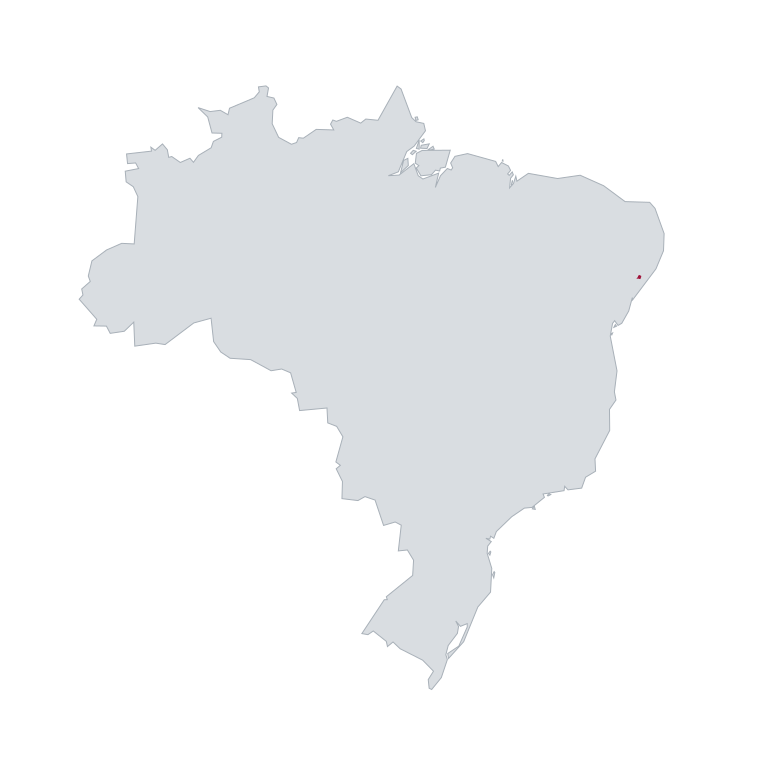 Campo Grande, Alagoas, Brazil shown in context, rotated 354°
{"feature_id": "56859067B11440381309792", "entity_name": "Campo Grande", "entity_type": "district", "adm_level": 2, "iso_a3": "BRA", "parent_name": "Brazil", "parent_adm1": "Alagoas", "projection": "mercator", "projection_center": [-36.753, -9.965], "detail": "fine", "context": "in_parent", "style": "filled", "palette": "rose", "viewbox_px": 768, "rotation_deg": 354, "n_neighbors": 0, "source": "geoboundaries", "source_scale": "gbopen_adm2", "svg_char_len": 4263}
<svg xmlns="http://www.w3.org/2000/svg" viewBox="0 0 768 768"><g transform="rotate(354 384 384)"><path d="M196.7,135.6L204.6,142.4L214.6,139.2L217.7,143.6L223.3,137.3L236.8,131.0L239.7,124.9L248.4,121.6L249.0,117.7L239.2,116.4L236.6,100.0L228.0,89.7L239.6,94.9L249.8,94.7L257.0,99.9L259.2,93.6L284.9,85.8L290.5,80.4L290.2,75.4L297.8,75.2L300.1,77.5L297.7,85.8L304.4,88.1L306.7,94.8L302.1,100.0L300.0,113.5L305.0,127.7L317.0,135.9L322.3,134.7L324.9,130.1L329.5,131.1L343.2,123.7L360.6,126.1L358.0,120.0L360.7,116.1L364.1,117.8L375.4,114.9L388.1,122.1L393.6,118.6L405.6,121.1L428.2,89.1L431.8,92.4L439.4,121.9L443.2,126.5L450.8,129.0L451.7,136.5L438.8,150.6L430.9,155.2L420.4,174.5L410.1,177.3L420.9,177.8L436.7,168.0L439.8,180.4L444.1,184.2L460.4,180.0L455.6,193.9L462.0,182.7L469.5,176.3L473.2,178.2L474.9,176.2L473.4,171.2L478.4,165.0L491.2,163.6L518.3,174.3L520.3,179.7L524.1,176.0L530.5,180.2L532.2,184.8L528.9,188.0L530.3,189.6L533.7,186.5L534.5,189.5L531.4,192.6L529.4,202.1L533.7,198.2L536.8,191.1L537.4,196.2L549.6,189.6L578.1,197.8L600.9,196.9L623.2,209.8L642.8,227.8L667.2,231.1L671.9,237.7L678.3,263.7L675.9,280.7L666.5,297.9L640.0,326.4L640.0,324.0L635.0,337.0L626.8,348.5L622.9,350.2L620.0,345.1L617.6,347.7L614.0,360.0L617.1,395.3L612.3,415.9L613.0,424.2L605.6,432.8L603.6,453.8L586.0,480.5L585.3,492.8L574.7,497.8L569.7,508.2L555.9,508.5L553.0,504.6L551.9,508.9L530.7,510.0L531.7,513.5L518.3,522.2L510.6,522.1L497.2,529.3L480.3,542.5L477.1,548.9L474.1,546.5L473.0,549.3L469.2,548.1L474.2,551.9L470.2,556.0L468.9,563.1L471.9,578.7L468.2,602.1L454.0,615.6L436.3,648.6L419.5,663.7L419.2,658.7L431.0,652.5L441.4,634.3L441.7,631.0L434.7,633.0L430.6,627.2L432.8,633.0L430.9,639.7L420.5,650.8L417.2,659.7L418.2,664.7L410.3,682.0L399.5,692.8L397.1,691.3L397.1,682.6L403.2,674.8L393.6,662.7L372.4,649.0L366.0,641.5L360.0,645.5L359.4,640.2L347.5,628.5L341.8,631.6L335.9,629.9L361.7,598.6L364.7,598.8L364.1,595.8L392.5,577.4L395.0,562.3L389.9,551.5L380.8,551.5L386.4,526.2L380.7,522.4L368.8,524.6L363.0,498.5L353.3,494.0L345.9,497.2L330.2,493.6L332.5,476.6L327.6,463.3L332.1,460.3L328.0,456.5L337.6,432.2L332.5,421.2L324.0,416.8L324.8,401.9L297.3,401.6L296.3,389.3L291.2,383.4L295.8,383.2L292.3,363.1L283.8,358.4L273.1,359.0L253.9,345.8L233.6,342.3L225.0,335.1L219.0,324.0L218.9,300.5L201.2,303.4L170.4,321.9L161.3,319.5L140.1,320.3L141.6,296.3L131.2,304.4L117.0,305.0L114.0,297.4L101.6,295.9L105.1,289.6L89.7,267.8L93.9,264.0L93.3,257.9L102.6,251.3L101.2,245.7L106.4,231.0L122.1,221.7L137.8,216.7L150.2,218.6L158.8,171.9L155.3,161.6L148.7,156.0L148.9,145.3L162.5,144.1L160.1,138.2L152.0,138.0L152.0,128.3L177.1,128.1L176.9,124.1L180.8,127.7L188.8,122.1L193.0,128.4L193.6,136.1L196.7,135.6ZM446.4,155.7L474.3,158.4L467.7,174.8L462.6,175.2L461.6,178.0L457.6,176.7L453.1,180.8L442.5,180.8L438.7,172.6L441.5,170.5L438.2,167.6L440.4,158.0L446.4,155.7ZM422.6,175.5L426.9,163.7L431.3,162.1L431.0,169.3L422.6,175.5ZM454.1,149.9L451.4,154.3L445.0,153.3L446.0,150.5L454.1,149.9ZM444.5,145.1L443.5,154.1L440.8,153.1L444.5,145.1ZM458.5,155.6L454.5,156.1L452.7,155.4L457.6,152.7L458.5,155.6ZM440.3,155.9L436.2,158.9L434.5,157.3L437.5,154.7L440.3,155.9ZM447.8,148.0L445.9,146.2L449.3,144.4L449.5,146.1L447.8,148.0ZM445.6,124.8L443.3,125.2L442.8,122.0L445.0,121.8L445.6,124.8ZM472.9,588.3L472.0,585.1L473.9,582.1L474.5,583.0L472.9,588.3ZM520.7,521.0L521.3,524.5L518.5,523.7L520.7,521.0ZM471.4,565.3L470.2,563.4L472.1,561.4L472.7,562.2L471.4,565.3ZM533.0,196.2L531.3,199.6L533.0,194.8L533.0,196.2ZM621.3,350.8L618.5,351.7L620.3,349.0L621.3,350.8ZM538.3,511.4L535.4,512.5L534.8,511.9L536.6,510.3L538.3,511.4ZM616.7,357.1L615.7,359.0L615.0,357.8L616.7,357.1ZM525.6,173.0L525.7,174.8L524.9,174.6L525.6,173.0Z" fill="#d9dde1" stroke="#a8b0b8" stroke-width="1"/><path d="M650.1,304.4L650.1,304.2L650.3,304.1L650.3,303.9L650.2,303.9L650.1,303.7L649.9,303.5L649.7,303.5L649.7,303.4L649.4,303.3L649.4,303.2L649.2,303.1L649.0,303.3L648.9,303.4L648.9,303.5L648.7,303.5L648.5,303.8L648.5,304.0L648.4,304.3L648.3,304.5L648.2,304.6L648.1,304.8L647.9,304.9L647.8,305.0L648.0,305.0L648.1,304.9L648.1,305.0L648.3,305.0L648.5,305.1L648.7,305.3L649.1,305.4L649.2,305.5L649.5,305.6L649.8,305.2L649.8,304.9L649.9,304.7L650.1,304.4Z" fill="#f43f5e" stroke="#9f1239" stroke-width="1.5"/></g></svg>